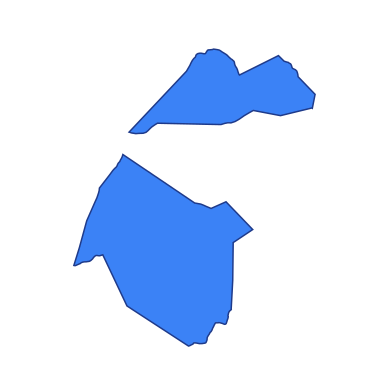 Santa Ana, Francisco Morazán, Honduras, rotated 282°
{"feature_id": "27666195B74591275827965", "entity_name": "Santa Ana", "entity_type": "district", "adm_level": 2, "iso_a3": "HND", "parent_name": "Honduras", "parent_adm1": "Francisco Morazán", "projection": "orthographic", "projection_center": [-87.221, 13.924], "detail": "fine", "context": "isolated", "style": "filled", "palette": "blue", "viewbox_px": 384, "rotation_deg": 282, "n_neighbors": 0, "source": "geoboundaries", "source_scale": "gbopen_adm2", "svg_char_len": 5401}
<svg xmlns="http://www.w3.org/2000/svg" viewBox="0 0 384 384"><g transform="rotate(282 192 192)"><path d="M95.6,91.7L95.6,92.0L95.6,92.3L95.6,92.6L95.7,92.9L95.7,93.1L95.8,93.2L95.9,93.4L96.0,93.6L96.3,94.0L96.8,94.7L98.0,96.4L98.5,97.1L98.7,97.5L98.9,97.6L99.1,97.8L99.3,97.9L99.4,98.0L99.5,98.1L99.8,98.4L100.1,98.8L100.3,99.1L100.5,99.4L100.7,99.8L100.9,100.3L101.1,100.7L101.2,101.0L101.3,101.3L101.4,101.6L101.6,102.5L101.8,103.3L102.1,104.0L102.4,104.8L102.6,105.4L102.7,105.7L102.9,106.1L103.0,106.2L103.1,106.4L103.3,106.5L103.6,106.9L103.9,107.2L104.1,107.4L104.4,107.6L105.0,108.0L105.5,108.4L105.8,108.6L106.0,108.7L106.2,108.8L106.5,108.9L107.0,109.1L107.4,109.3L107.6,109.4L107.8,109.5L108.5,110.0L108.9,110.3L109.1,110.4L109.3,110.6L109.5,110.8L109.8,111.1L109.9,111.3L110.0,111.6L110.1,112.0L110.2,112.6L110.2,113.7L110.3,114.2L110.4,114.7L110.4,115.0L110.5,115.2L110.6,115.3L110.7,115.5L110.8,115.6L110.9,115.8L111.1,116.1L111.5,116.8L111.5,117.0L111.8,117.5L112.0,117.8L67.0,152.1L40.6,220.6L40.9,221.2L41.1,221.6L41.3,221.9L41.5,222.0L42.4,223.2L42.7,223.6L43.0,224.0L43.4,224.4L43.4,224.5L43.6,224.6L43.8,224.7L44.0,224.8L44.3,224.9L44.4,225.0L44.5,225.0L44.7,225.3L44.8,225.4L44.8,225.6L44.9,225.8L45.0,226.1L45.0,226.3L45.1,226.6L45.1,227.0L45.2,227.9L45.2,228.0L45.2,228.4L45.2,229.2L45.2,229.5L45.2,230.3L45.2,230.7L45.3,230.9L45.3,231.1L45.4,231.6L45.5,231.9L45.6,232.5L45.7,232.9L45.9,233.6L46.2,234.3L46.4,234.9L46.6,235.4L46.7,235.7L47.0,236.2L47.1,236.5L47.3,236.7L47.4,236.8L47.6,236.9L47.8,237.0L48.3,237.1L48.7,237.2L49.4,237.3L50.0,237.4L50.3,237.4L51.2,237.4L51.5,237.3L52.1,237.2L52.4,237.2L52.7,237.2L52.8,237.2L53.0,237.2L53.5,237.3L53.8,237.4L54.1,237.5L54.7,237.7L55.3,237.9L55.8,238.1L56.2,238.3L56.5,238.4L56.8,238.5L57.1,238.6L57.3,238.6L57.5,238.7L57.8,238.7L57.9,238.8L58.1,238.8L58.4,238.9L58.6,239.1L59.0,239.4L59.1,239.5L59.3,239.6L59.6,239.7L59.7,239.8L60.1,239.9L60.6,240.1L60.9,240.2L61.1,240.2L61.4,240.3L62.1,240.4L62.6,240.5L63.0,240.5L63.4,240.6L63.7,240.7L64.0,240.8L64.3,240.9L64.6,241.0L64.9,241.1L65.6,241.2L66.2,241.3L67.0,241.6L67.8,241.8L68.2,241.9L68.4,242.0L68.6,242.1L68.8,242.2L68.9,242.4L69.0,242.5L69.1,243.0L69.2,243.5L69.3,243.9L69.4,244.3L69.4,244.5L69.5,244.7L69.5,244.8L69.7,245.2L69.8,245.3L69.8,245.5L69.9,246.0L69.9,246.8L69.8,247.8L69.8,248.6L69.6,249.9L69.4,250.8L69.4,251.1L69.4,251.3L69.4,251.6L69.5,251.8L69.6,252.0L69.8,252.3L70.0,252.5L70.4,252.7L70.5,252.8L71.4,252.9L72.1,253.0L73.3,253.1L73.6,253.1L74.4,253.2L75.5,253.4L75.9,253.4L76.1,253.4L76.7,253.4L77.1,253.4L77.4,253.4L77.5,253.4L77.8,253.3L77.9,253.2L78.0,253.1L78.3,253.0L78.4,252.9L78.6,252.9L79.0,252.9L79.3,252.9L80.0,252.9L80.3,252.9L81.3,252.9L81.8,253.0L82.0,253.0L82.3,253.1L83.0,253.4L83.7,253.7L83.8,253.8L84.1,254.1L84.4,254.3L84.5,254.4L84.7,254.6L84.9,254.7L85.0,254.7L85.2,254.8L85.3,254.7L85.5,254.7L114.1,250.2L151.1,242.8L167.6,258.9L167.9,259.2L189.5,227.3L179.9,214.1L180.8,209.2L181.5,206.0L182.0,203.1L181.8,196.9L214.3,116.6L212.1,116.4L210.3,116.0L208.5,115.4L206.7,115.0L205.1,114.0L203.7,113.5L202.2,113.3L200.6,112.7L199.0,111.5L196.6,110.1L191.3,107.7L176.6,100.6L174.3,100.9L171.7,100.8L169.1,100.5L166.6,100.2L163.0,99.4L141.9,95.0L114.0,93.4L95.6,91.7ZM237.5,118.0L237.2,120.7L237.3,122.6L237.4,124.9L238.3,127.9L239.3,132.0L240.8,134.6L242.7,136.1L245.2,137.7L247.1,139.0L249.8,141.5L252.1,143.9L264.0,206.3L266.0,209.9L267.1,212.5L267.8,215.9L269.9,219.5L272.9,222.9L277.5,227.2L281.8,231.9L284.5,235.0L285.1,262.7L299.1,291.8L298.9,292.3L313.1,292.1L326.8,271.8L328.9,271.1L330.9,270.1L332.2,269.2L333.1,267.7L333.5,266.0L333.8,264.8L334.5,264.0L335.9,263.3L337.1,262.5L337.9,261.7L338.2,260.4L338.8,259.2L338.8,257.8L339.1,254.9L343.4,248.2L316.3,214.1L316.6,213.7L317.0,213.4L317.2,213.2L317.5,213.0L318.5,212.4L319.0,212.1L319.7,211.7L320.3,211.4L321.0,211.0L321.4,210.8L321.6,210.6L321.9,210.4L322.7,209.8L322.9,209.6L323.0,209.5L323.2,209.3L323.6,208.8L323.9,208.6L324.1,208.4L324.3,208.2L324.7,207.9L325.2,207.6L325.5,207.4L325.8,207.2L326.1,207.1L326.4,206.9L326.6,206.9L326.9,206.8L327.0,206.7L327.3,206.6L327.6,206.5L327.8,206.4L328.0,206.3L328.2,206.1L328.4,205.9L328.6,205.8L328.7,205.6L328.8,205.5L328.9,205.3L329.2,204.8L329.4,204.4L329.7,204.0L329.9,203.6L330.1,203.0L330.3,202.5L330.4,202.2L330.5,202.0L330.8,201.6L331.6,200.2L331.9,199.7L332.3,199.1L332.7,198.6L332.9,198.3L333.1,198.0L333.3,197.6L333.4,197.2L333.6,197.0L334.1,195.6L334.4,194.8L334.9,193.4L335.1,192.7L335.3,192.2L335.6,191.6L335.8,191.1L336.0,190.5L336.2,190.1L336.3,189.7L336.4,189.4L336.5,189.0L336.5,188.7L336.5,187.9L336.5,187.7L336.5,186.6L336.4,185.7L336.4,184.9L336.3,184.1L336.3,183.8L336.3,183.6L336.2,183.5L336.1,183.3L336.1,183.1L335.9,182.8L335.8,182.6L335.6,182.4L335.5,182.1L334.7,179.6L334.4,178.5L334.3,178.4L334.2,178.1L334.0,177.9L333.9,177.8L333.8,177.7L333.7,177.7L333.3,177.5L332.6,177.2L332.1,177.0L330.9,176.6L330.6,176.5L330.4,176.4L330.1,176.2L330.0,175.9L329.9,175.7L329.8,175.2L329.8,174.9L329.7,174.8L329.7,174.4L329.7,173.8L329.7,173.5L329.7,172.9L329.7,172.6L329.6,171.8L329.5,171.2L329.4,171.0L329.4,170.8L329.2,170.3L328.9,169.6L328.7,169.1L328.5,168.9L328.4,168.8L328.3,168.6L328.2,168.5L328.1,168.4L327.9,168.2L327.5,167.9L327.2,167.7L326.8,167.5L324.5,167.2L323.1,166.1L320.8,165.0L318.1,164.2L315.4,163.6L312.1,162.5L309.0,161.5L237.5,118.0Z" fill="#3b82f6" stroke="#1e3a8a" stroke-width="1.5"/></g></svg>